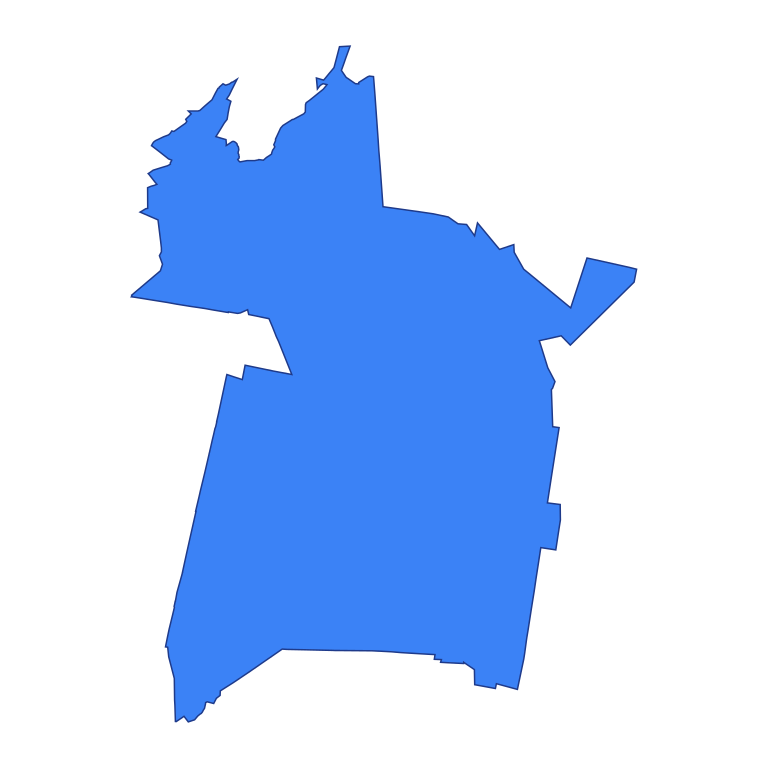 Matamoros, Coahuila, Mexico (Mercator projection)
{"feature_id": "50627088B53869778509823", "entity_name": "Matamoros", "entity_type": "district", "adm_level": 2, "iso_a3": "MEX", "parent_name": "Mexico", "parent_adm1": "Coahuila", "projection": "mercator", "projection_center": [-103.27, 25.574], "detail": "fine", "context": "isolated", "style": "filled", "palette": "blue", "viewbox_px": 768, "rotation_deg": 0, "n_neighbors": 0, "source": "geoboundaries", "source_scale": "gbopen_adm2", "svg_char_len": 4746}
<svg xmlns="http://www.w3.org/2000/svg" viewBox="0 0 768 768"><path d="M168.7,656.8L174.3,678.4L174.6,700.2L174.9,705.0L175.4,721.5L176.2,721.6L177.4,720.8L182.3,717.5L184.0,716.3L188.3,721.9L194.6,719.8L197.8,716.0L200.1,714.1L201.3,713.4L202.4,712.0L203.3,710.2L204.5,708.4L205.5,703.9L205.6,702.6L207.2,701.8L213.7,703.5L216.4,698.3L220.1,695.4L220.3,690.9L226.4,687.0L233.2,682.7L250.4,671.1L282.2,649.1L287.2,649.4L306.7,649.8L310.5,649.9L333.0,650.4L334.9,650.5L338.1,650.5L372.2,650.8L378.0,651.1L378.7,651.1L391.6,651.8L401.0,652.6L419.0,653.7L435.0,654.6L434.3,659.3L441.4,659.6L440.6,662.3L447.2,662.7L463.7,663.5L463.7,662.3L464.7,663.0L474.4,669.6L474.7,684.7L495.4,688.5L496.4,683.7L517.4,689.4L523.8,658.9L524.7,653.1L526.4,640.5L526.8,637.7L528.0,630.5L529.2,622.8L531.5,607.9L531.7,606.8L531.8,606.0L534.2,591.1L536.1,578.1L538.4,563.3L540.8,547.6L555.8,549.9L556.5,545.3L558.1,534.7L559.3,526.9L560.4,520.0L560.2,504.5L547.4,502.9L552.1,472.3L559.1,427.6L552.7,426.7L551.4,389.5L552.5,388.4L555.0,381.6L547.8,367.8L541.1,346.3L539.3,340.7L561.2,335.8L570.3,345.1L579.9,335.6L634.1,282.1L636.1,271.7L636.6,269.2L629.4,267.4L621.8,265.7L587.0,258.0L570.7,307.9L550.3,291.1L532.0,276.0L523.7,269.2L514.2,252.3L513.8,244.6L499.5,249.4L477.5,222.9L474.6,235.8L466.6,224.5L458.0,223.8L453.1,220.4L448.3,217.0L433.2,213.8L420.2,211.9L383.0,206.7L380.0,164.7L378.8,150.2L378.1,139.2L374.9,94.2L373.8,80.0L373.5,76.6L369.4,76.1L367.6,76.8L358.7,82.5L358.7,83.9L355.4,83.7L352.2,81.5L349.9,79.9L347.6,78.3L346.9,77.9L346.2,77.4L345.9,77.0L345.2,76.0L341.4,70.4L344.0,63.2L345.6,58.5L347.9,52.2L350.1,46.1L346.3,46.3L339.5,46.7L336.1,59.7L334.0,67.6L330.8,71.5L329.1,73.5L325.2,78.3L323.6,80.1L316.4,78.0L317.4,89.0L318.6,87.4L319.9,85.8L321.0,84.9L323.0,83.7L327.0,84.6L326.0,85.9L323.3,89.2L309.3,100.5L306.2,102.7L305.5,104.5L305.3,112.0L303.8,113.8L296.9,117.5L293.4,119.4L292.3,119.5L290.8,120.5L282.9,125.5L280.6,128.1L275.5,139.1L275.5,140.7L273.8,144.8L274.8,146.9L273.9,148.5L272.7,150.1L272.2,151.5L271.8,152.7L271.5,154.1L268.9,155.9L266.4,157.5L263.4,160.2L258.9,159.6L258.8,159.8L254.6,160.6L247.1,160.6L240.0,161.9L239.3,161.5L239.2,161.3L238.4,160.5L237.7,159.4L238.8,158.5L238.9,158.4L239.0,158.2L239.1,157.9L239.1,157.7L239.2,156.5L238.8,155.5L238.8,154.4L238.1,153.3L238.3,151.4L238.5,151.0L238.7,150.3L238.7,150.2L238.7,149.9L238.7,149.7L238.8,149.6L238.8,149.4L238.7,149.2L238.7,148.9L238.4,147.0L238.1,146.4L237.9,146.3L237.2,145.1L237.1,144.0L236.8,143.7L236.4,143.2L236.0,142.8L235.6,142.5L234.8,141.9L233.7,141.4L232.3,141.5L226.5,145.5L226.2,145.6L226.4,144.1L226.0,139.6L221.5,138.3L215.9,136.6L220.3,129.6L224.3,123.0L227.1,119.4L227.9,114.5L228.1,113.1L229.2,107.4L229.5,106.1L230.9,101.3L227.1,99.2L226.6,99.0L229.3,95.0L231.7,90.0L233.3,86.8L237.1,79.2L232.8,82.0L231.6,82.3L229.5,83.9L225.7,85.2L223.0,83.8L219.2,87.2L219.1,87.9L218.0,88.4L215.5,92.9L212.3,99.2L211.9,99.9L207.9,103.3L204.9,105.9L199.8,110.5L197.9,111.0L192.4,111.0L188.3,111.0L191.2,113.9L185.7,119.3L186.8,121.4L185.6,123.2L180.6,126.7L174.0,131.4L172.4,131.2L171.9,130.9L171.8,131.0L170.3,133.2L170.0,133.6L169.4,134.1L169.2,134.4L168.3,135.0L168.0,135.1L163.5,136.8L157.3,139.8L156.3,140.2L155.5,140.7L154.7,141.2L153.6,142.1L153.5,142.3L153.2,142.7L152.8,143.2L152.6,143.6L152.2,144.3L151.5,145.7L151.7,145.8L159.4,151.7L165.0,156.1L166.9,157.6L168.5,158.9L171.7,160.1L171.6,160.6L170.6,162.4L170.3,162.8L170.3,163.6L170.4,164.1L169.0,165.0L167.4,165.8L161.4,167.6L153.1,170.2L152.0,171.0L150.2,172.3L148.2,173.6L148.8,174.2L152.5,178.9L154.9,182.0L156.9,184.3L154.9,185.1L154.5,185.3L154.1,185.4L151.5,186.1L151.2,186.2L150.9,186.3L147.6,187.7L147.7,208.2L147.7,208.4L145.8,208.7L140.1,212.1L158.0,219.9L160.7,241.8L161.4,248.0L161.4,251.9L159.4,255.7L162.5,264.2L160.4,270.8L131.6,295.2L132.0,296.1L131.4,296.8L135.2,297.3L147.6,299.3L153.8,300.3L167.6,302.5L176.3,304.1L191.2,306.5L198.9,307.6L205.5,308.6L213.2,310.0L221.6,311.4L226.2,312.2L228.3,312.5L228.4,311.9L237.6,313.4L240.4,312.9L247.6,309.7L248.7,314.5L269.0,318.7L272.4,326.7L275.3,334.0L276.3,336.6L278.6,341.5L291.8,374.5L273.6,371.1L245.1,365.2L242.3,379.6L238.4,378.3L234.0,376.9L226.9,374.5L226.3,377.0L218.4,414.0L216.6,421.8L216.8,421.9L216.7,422.3L215.6,427.0L215.0,428.4L213.6,434.6L212.2,440.4L210.3,448.9L210.2,449.2L209.5,452.4L209.2,453.4L209.2,453.5L209.0,454.5L207.1,462.7L204.8,472.6L200.5,490.3L199.2,496.1L195.6,511.3L196.0,511.4L190.6,535.4L187.2,550.6L184.4,563.4L182.4,572.6L182.5,572.6L180.2,580.9L177.0,592.3L175.7,599.6L175.2,601.4L175.3,601.6L175.1,601.7L174.8,603.3L174.5,604.9L174.4,605.0L174.1,606.6L174.4,607.4L172.6,614.9L169.1,629.3L167.5,636.9L165.5,646.9L167.7,647.2L168.7,656.8Z" fill="#3b82f6" stroke="#1e3a8a" stroke-width="1.5"/></svg>